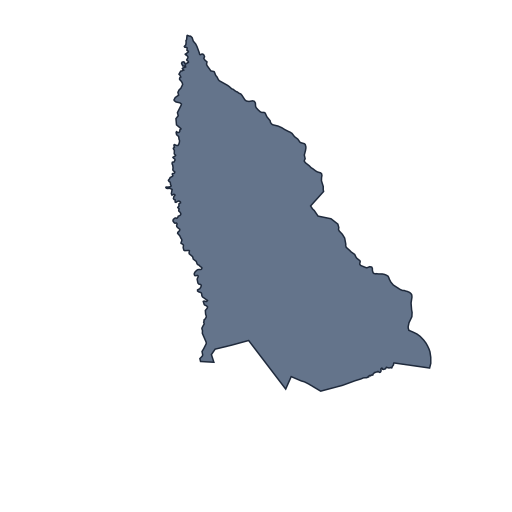 Beitbridge, Matabeleland South, Zimbabwe, rotated 224°
{"feature_id": "62879985B95307090216295", "entity_name": "Beitbridge", "entity_type": "district", "adm_level": 2, "iso_a3": "ZWE", "parent_name": "Zimbabwe", "parent_adm1": "Matabeleland South", "projection": "orthographic", "projection_center": [30.386, -21.812], "detail": "fine", "context": "isolated", "style": "filled", "palette": "slate", "viewbox_px": 512, "rotation_deg": 224, "n_neighbors": 0, "source": "geoboundaries", "source_scale": "gbopen_adm2", "svg_char_len": 6118}
<svg xmlns="http://www.w3.org/2000/svg" viewBox="0 0 512 512"><g transform="rotate(224 256 256)"><path d="M425.9,319.5L423.4,317.9L424.2,313.9L423.4,311.3L422.7,311.0L420.6,311.2L417.2,313.3L415.2,313.5L414.7,312.8L412.1,304.5L409.4,302.9L409.0,299.2L404.3,295.1L398.5,295.5L398.1,294.9L398.4,294.3L398.4,293.9L397.4,292.6L397.2,291.6L398.0,290.4L399.5,290.3L399.5,289.9L399.2,289.3L397.4,288.1L394.6,288.2L392.5,286.5L391.4,286.1L390.3,284.9L389.4,283.3L388.9,281.4L389.3,280.8L390.7,279.9L391.9,279.7L392.2,279.2L391.8,278.5L390.1,277.4L390.4,276.5L390.3,276.0L389.6,275.6L388.1,275.3L385.8,272.7L383.9,272.7L383.7,272.5L383.6,272.0L384.3,269.3L383.6,269.1L381.6,269.3L380.8,268.6L380.3,266.5L381.1,265.8L381.3,265.2L380.4,264.0L378.9,263.4L376.9,261.8L376.0,260.5L375.4,260.1L375.0,259.9L372.9,260.1L372.5,259.6L372.3,259.2L372.4,258.4L373.2,257.5L373.3,257.1L372.9,256.5L371.8,256.2L371.5,255.8L371.5,255.1L372.3,252.8L371.8,251.5L371.7,249.9L371.5,249.5L370.2,249.2L369.2,249.5L368.2,249.0L367.1,248.0L366.0,247.7L365.7,247.4L365.6,246.8L366.1,245.8L367.3,244.3L368.3,243.5L368.6,242.9L368.4,242.6L367.5,242.5L366.5,243.1L365.0,244.8L362.6,245.6L360.2,242.0L358.7,241.4L358.1,243.2L357.6,243.6L356.9,243.7L356.4,243.3L356.4,241.8L355.3,239.9L354.2,239.7L353.1,240.2L351.8,238.8L351.4,238.6L350.8,239.0L350.5,240.4L349.8,241.9L348.9,242.3L347.9,242.4L347.2,241.8L347.7,240.5L347.6,239.9L346.1,238.3L346.1,237.0L345.9,236.5L344.0,236.5L343.5,235.3L342.8,234.7L341.0,234.7L339.9,234.4L339.2,234.0L338.9,233.3L338.8,232.5L339.6,230.5L339.1,229.6L339.1,228.4L339.2,228.0L340.2,227.6L340.7,226.8L340.9,224.9L340.5,224.0L339.8,223.4L337.7,223.1L337.0,223.3L336.4,224.3L335.8,224.5L334.9,224.2L334.5,223.0L333.4,222.1L331.7,222.0L329.5,222.3L329.1,222.0L328.6,221.1L328.7,218.7L328.1,217.8L324.9,217.6L322.3,216.6L321.1,216.4L320.0,215.5L319.2,213.5L318.7,213.0L317.2,213.5L315.9,213.5L315.5,213.2L314.2,211.4L312.0,210.1L311.0,210.3L308.8,212.7L308.1,213.4L307.5,213.5L306.3,211.7L305.5,211.2L301.2,211.5L299.0,210.2L295.2,210.6L292.9,209.4L291.6,209.4L290.3,209.9L289.5,209.7L286.9,210.0L286.3,209.4L286.1,208.7L286.3,208.0L288.2,206.1L288.6,205.0L288.8,202.5L288.3,200.6L287.4,199.7L286.4,199.4L285.8,199.8L284.6,201.4L284.0,201.5L283.2,201.0L282.6,199.1L282.1,198.3L279.0,196.2L277.5,196.1L276.1,197.0L275.0,196.9L274.2,195.7L273.7,193.5L274.5,191.0L273.7,190.2L272.3,190.4L270.5,191.3L269.8,191.4L268.9,191.1L267.3,189.8L266.0,189.4L260.0,190.3L259.9,189.2L260.2,188.6L262.1,187.5L262.4,186.7L259.5,185.1L258.4,185.2L257.1,185.8L255.4,185.7L254.8,184.4L254.6,181.6L251.8,179.1L250.1,178.3L249.3,177.4L248.8,174.9L249.0,173.9L248.0,172.9L247.7,172.0L246.4,171.4L245.9,170.7L245.7,169.4L244.8,166.5L243.9,165.8L242.6,165.1L240.9,163.1L232.0,159.4L230.9,158.4L229.2,152.9L228.5,149.8L225.6,147.8L225.1,146.7L225.1,143.2L222.6,141.6L212.5,150.3L219.6,154.1L220.7,160.6L211.7,174.8L202.6,190.1L142.2,180.9L146.9,193.7L136.6,197.6L133.8,199.1L129.3,200.5L115.6,203.7L103.8,223.3L98.2,234.9L95.1,240.5L94.0,243.1L91.9,245.3L90.9,247.4L91.0,247.6L91.5,247.6L91.1,249.3L90.3,249.4L90.2,250.7L89.3,251.4L89.8,252.6L89.7,254.8L89.2,255.2L88.9,256.2L88.2,256.8L88.1,257.7L86.4,258.0L85.9,258.6L85.9,259.4L86.3,260.3L87.7,261.5L87.8,262.5L87.3,262.9L86.2,262.5L85.6,262.8L84.5,264.8L84.9,266.5L82.9,267.6L82.0,268.5L81.6,269.4L80.9,269.5L80.6,269.9L81.2,271.3L81.5,273.3L82.3,274.2L82.5,274.9L53.3,296.0L55.7,300.2L60.0,304.6L64.3,307.9L66.8,309.2L70.2,310.5L73.2,311.4L77.0,312.0L82.2,312.2L86.0,311.7L90.0,310.4L94.5,308.7L95.1,309.2L96.2,309.7L97.4,310.8L99.6,314.3L101.7,320.6L104.5,323.8L106.6,325.3L111.8,329.9L115.3,334.8L116.9,336.2L117.8,336.5L119.2,336.6L120.5,336.4L122.8,335.5L124.0,334.7L125.2,334.3L126.8,332.9L129.3,332.0L137.1,330.5L140.9,330.9L144.2,332.0L144.8,332.4L146.9,333.2L148.8,332.8L150.8,332.0L152.7,330.8L155.4,328.2L157.3,326.8L157.3,326.4L159.1,325.3L160.1,325.3L162.0,326.3L163.8,328.0L165.1,328.4L166.8,327.3L167.8,325.0L168.4,324.2L174.1,321.9L175.6,322.1L176.1,322.6L177.1,324.3L178.0,324.8L182.0,324.4L183.5,324.7L186.1,325.7L190.4,325.0L192.4,325.1L197.2,324.9L199.1,326.1L199.5,326.8L204.7,330.5L209.0,331.6L213.5,331.8L215.1,332.4L216.2,334.0L219.3,335.8L227.9,334.9L239.1,327.8L245.8,329.2L247.7,329.1L251.5,329.9L252.2,349.4L253.6,350.3L255.9,352.7L261.2,355.6L263.2,357.8L264.5,359.7L265.9,360.7L267.3,360.7L270.3,359.1L272.4,358.6L275.4,358.3L277.8,357.8L280.2,357.9L285.1,357.4L287.1,357.7L287.7,358.5L288.2,360.1L291.4,362.2L293.7,366.3L295.1,368.3L296.0,369.2L298.0,370.4L299.2,370.4L302.6,368.6L303.5,368.4L307.1,369.1L311.2,368.6L315.3,369.2L317.8,368.7L318.6,368.3L323.2,366.9L326.6,366.2L330.4,364.8L335.0,362.1L336.3,361.8L338.3,362.1L339.8,363.1L344.9,363.7L348.7,365.2L349.9,364.9L351.7,363.2L353.1,362.7L356.0,362.6L358.9,362.8L360.3,363.4L362.7,365.6L364.6,366.1L366.2,365.3L368.4,362.3L370.6,360.8L372.5,360.6L377.6,361.8L379.5,362.0L381.2,361.3L383.6,361.0L384.1,360.6L386.2,360.2L388.0,360.1L389.6,359.4L392.9,359.3L395.0,359.0L404.1,356.6L405.6,356.7L408.3,357.7L410.4,357.9L413.9,359.5L414.5,359.4L417.0,357.8L423.6,359.0L424.9,359.7L426.1,361.6L428.7,361.4L430.9,361.9L431.4,363.6L433.2,364.4L434.6,364.3L435.4,363.4L435.7,362.3L436.1,362.0L436.6,361.9L438.2,362.9L443.8,365.6L446.6,366.6L450.4,367.0L453.6,368.7L455.8,368.7L456.1,368.2L458.7,367.0L458.7,366.6L456.2,363.4L455.9,362.1L454.9,361.4L453.4,359.5L453.1,358.6L453.2,357.4L453.1,356.9L452.3,356.7L450.8,357.8L450.0,357.8L448.6,356.0L447.5,356.3L446.7,356.1L446.4,355.5L446.8,354.6L446.4,353.1L447.1,352.4L447.1,352.0L446.1,351.9L444.6,352.2L443.4,352.0L442.7,351.4L442.1,348.9L441.4,348.7L440.1,349.0L439.3,348.6L439.1,348.3L439.6,347.4L439.4,347.2L439.9,345.5L439.9,345.0L440.8,344.9L441.8,345.7L442.9,345.5L443.3,344.7L443.8,344.3L443.5,343.0L442.6,342.5L440.7,341.8L439.3,343.0L439.2,343.5L438.9,343.8L437.9,343.1L439.3,340.2L439.3,339.7L438.8,339.5L437.2,339.5L438.0,337.4L438.6,336.7L437.8,333.5L437.6,333.2L436.4,333.3L434.4,332.5L434.7,331.5L434.0,330.2L433.4,329.9L431.3,329.8L429.5,329.4L427.9,328.4L426.6,324.5L426.7,322.1L425.9,319.5Z" fill="#64748b" stroke="#1e293b" stroke-width="1.5"/></g></svg>